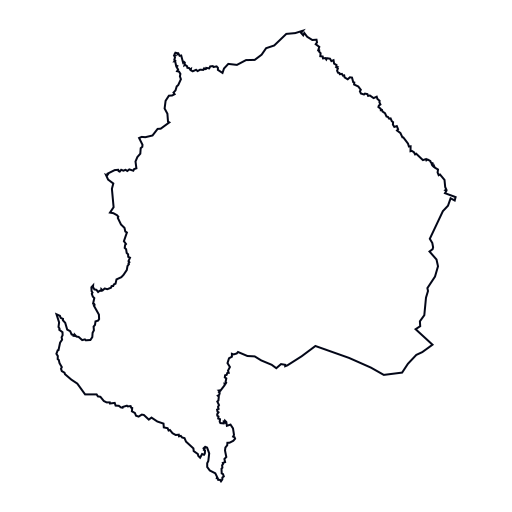 Chivolo, Magdalena, Colombia
{"feature_id": "7082276B43456063324941", "entity_name": "Chivolo", "entity_type": "district", "adm_level": 2, "iso_a3": "COL", "parent_name": "Colombia", "parent_adm1": "Magdalena", "projection": "robinson", "projection_center": [-74.55, 10.09], "detail": "fine", "context": "isolated", "style": "outline", "palette": "ink", "viewbox_px": 512, "rotation_deg": 0, "n_neighbors": 0, "source": "geoboundaries", "source_scale": "gbopen_adm2", "svg_char_len": 5932}
<svg xmlns="http://www.w3.org/2000/svg" viewBox="0 0 512 512"><path d="M344.6,77.4L344.2,75.4L343.0,75.7L341.9,73.9L339.8,74.2L339.4,73.0L338.0,72.7L337.1,70.7L337.9,68.4L336.4,67.3L337.0,66.9L336.3,66.7L336.5,65.0L334.1,63.6L333.5,60.2L331.4,61.1L330.0,58.7L327.0,58.2L326.3,59.5L325.4,58.1L323.0,58.4L322.7,56.5L320.3,56.2L320.6,53.2L319.1,51.6L319.2,50.4L318.2,50.3L319.3,46.9L315.7,44.2L317.0,42.4L316.5,39.7L312.3,40.0L307.2,36.8L304.3,33.0L303.2,35.3L301.1,32.9L302.9,30.7L295.2,33.1L286.3,33.9L274.2,45.5L266.1,48.2L261.6,54.7L254.7,59.9L246.0,60.1L236.9,64.9L228.3,63.9L224.0,68.5L222.5,72.9L217.9,69.9L217.9,67.8L216.6,66.4L213.5,67.0L212.8,66.1L210.2,66.4L209.2,68.4L206.2,67.9L206.0,68.9L205.0,69.2L204.1,68.4L203.2,69.9L200.1,69.7L197.6,71.1L196.1,69.8L192.7,71.3L190.7,70.2L190.9,69.0L190.2,69.5L189.2,68.1L187.4,67.8L187.0,65.6L186.8,66.2L185.2,64.8L184.4,65.3L184.8,62.6L184.0,61.9L183.1,62.7L181.2,55.5L179.6,55.8L178.4,53.5L177.7,54.0L177.9,53.3L175.4,52.7L174.5,54.3L175.0,55.5L174.2,55.7L175.0,57.5L174.3,59.8L175.2,60.6L174.5,61.4L175.2,61.4L176.0,65.3L177.2,66.0L176.4,66.7L178.1,69.5L177.1,71.2L179.0,71.6L180.4,73.9L179.9,76.3L180.9,79.2L178.2,85.1L176.7,86.4L175.5,90.4L173.5,92.6L174.6,94.2L172.1,95.5L168.9,95.7L165.6,100.8L164.6,108.5L167.4,113.7L168.0,121.6L169.3,122.4L160.7,128.7L157.6,128.9L152.5,135.5L145.3,137.2L141.7,136.9L139.1,138.0L142.5,144.8L142.3,146.8L140.7,148.2L140.3,153.7L137.4,157.0L135.5,161.5L136.4,168.3L134.1,169.1L133.3,170.7L129.3,169.4L127.3,171.0L125.5,169.8L123.4,170.7L121.2,169.8L119.7,171.6L118.6,171.1L118.2,169.8L114.7,170.1L107.7,173.6L108.1,174.1L107.1,175.5L106.0,175.0L108.1,179.6L113.3,183.5L111.9,188.8L113.6,207.2L110.0,212.6L113.4,213.2L117.0,215.2L118.3,216.7L117.8,217.9L121.0,224.5L124.5,227.9L125.3,231.5L126.9,232.5L123.9,241.2L126.0,244.0L125.1,245.0L124.7,247.9L126.1,249.2L126.7,253.0L128.1,254.3L128.2,256.8L130.0,257.7L128.5,261.1L129.4,262.2L128.5,263.3L128.9,264.2L127.5,266.0L126.8,270.0L123.5,274.9L121.3,277.2L116.5,279.4L115.5,283.7L113.9,284.4L113.2,286.0L111.6,286.1L111.0,287.7L107.3,289.2L104.7,288.5L102.6,290.4L101.3,289.1L101.1,290.8L99.6,290.8L98.1,292.0L96.4,289.8L94.4,289.4L93.0,287.1L93.1,285.4L91.4,287.3L91.6,291.2L92.5,292.6L91.8,293.8L92.8,296.6L94.3,298.1L93.1,303.6L94.2,304.0L94.6,304.9L93.9,305.7L98.9,314.6L99.1,319.1L98.1,320.6L95.5,321.4L95.0,324.9L93.6,326.6L93.9,330.3L92.6,332.8L92.3,337.1L90.4,340.0L85.8,340.3L84.9,339.4L82.2,340.1L78.6,336.9L76.5,336.6L75.3,335.3L75.4,336.0L73.4,335.8L73.2,334.7L71.6,334.5L70.2,331.2L67.2,329.6L65.2,322.8L62.9,320.3L63.0,318.9L60.7,317.9L59.9,315.8L56.5,314.3L59.1,322.4L58.5,327.0L59.5,328.5L59.3,329.8L62.5,332.2L62.6,335.2L61.6,337.3L62.1,339.7L60.1,342.6L58.5,350.1L57.7,350.3L56.4,353.8L57.8,356.0L57.7,359.1L58.8,360.0L59.5,363.1L61.8,367.1L61.0,368.8L61.8,371.1L64.5,372.7L65.0,374.2L71.3,379.6L77.3,383.6L85.1,394.4L96.6,394.4L97.9,396.4L100.4,396.8L103.8,401.0L106.6,402.4L109.8,402.4L110.0,403.5L114.7,402.9L115.6,405.6L118.8,405.8L120.9,407.4L122.6,407.7L122.9,406.9L126.9,405.7L127.7,406.4L130.6,406.1L131.2,407.7L132.2,408.0L131.9,411.3L134.9,413.0L136.0,415.7L138.6,416.6L141.8,414.6L143.9,415.0L148.8,419.6L151.5,417.6L157.3,421.5L163.5,423.6L163.8,427.4L167.6,428.2L168.6,430.5L169.9,430.0L172.5,433.2L175.7,435.0L178.8,434.7L179.0,436.3L180.8,435.9L182.1,437.5L184.5,438.1L186.0,441.6L193.4,448.4L193.7,451.1L197.8,454.0L198.3,455.9L200.1,457.7L202.1,454.0L204.0,454.8L204.8,453.6L205.0,450.7L203.9,449.9L204.6,448.8L203.7,448.2L205.2,446.8L207.1,447.6L209.2,453.4L208.3,461.0L207.2,463.2L207.2,467.0L209.8,470.5L215.3,473.3L217.1,477.0L216.8,478.2L217.8,478.3L218.2,479.9L220.1,479.9L221.0,481.3L222.3,479.5L222.4,477.5L223.8,476.4L223.0,474.1L221.7,473.4L221.5,468.7L222.4,467.7L222.1,465.3L223.1,463.9L222.8,462.9L225.1,462.1L224.4,459.0L226.3,457.0L225.0,450.5L225.4,447.5L227.2,445.3L227.4,442.8L229.6,442.7L233.3,440.8L235.1,438.7L234.5,437.2L233.1,436.6L234.0,434.9L233.0,428.4L230.5,424.6L226.9,425.8L226.3,422.0L225.0,420.7L224.7,422.4L223.7,421.7L223.6,423.4L220.4,423.1L219.7,421.7L220.0,419.2L218.2,418.5L218.5,416.5L217.3,415.7L217.2,414.2L218.5,412.3L217.5,411.6L217.1,409.6L218.6,408.9L218.0,406.9L219.0,405.1L217.3,401.5L218.4,400.5L218.8,396.7L217.8,395.7L219.2,394.9L219.7,393.0L218.9,392.1L219.9,391.2L219.0,390.5L220.8,390.2L224.7,385.1L224.5,383.6L225.5,383.8L226.2,382.7L225.6,381.8L226.3,378.4L224.8,377.4L225.1,375.3L226.6,374.9L227.3,373.0L228.7,372.8L228.0,370.7L229.9,367.0L227.5,363.1L229.0,358.3L231.9,356.7L231.9,353.8L233.6,354.4L236.7,353.5L238.0,352.0L247.4,356.0L254.7,356.4L261.2,360.4L271.7,364.8L276.3,368.2L281.0,364.1L285.2,364.8L285.2,366.2L287.3,365.4L301.6,356.3L315.4,346.0L349.0,357.9L370.9,367.6L383.8,374.9L402.1,372.6L407.9,363.8L416.3,354.9L422.3,352.1L432.5,344.7L415.6,329.2L420.2,326.2L419.9,321.3L424.3,315.2L426.0,297.6L428.0,291.0L427.4,288.1L435.0,276.6L438.0,266.3L436.5,259.5L429.5,251.5L432.6,249.2L433.1,247.3L432.3,243.0L429.8,238.8L442.9,211.1L448.0,205.7L450.6,198.3L454.7,200.5L455.6,197.1L445.0,193.2L446.4,190.8L445.3,190.2L446.3,189.5L445.2,187.1L444.5,179.9L440.0,174.5L438.7,175.2L437.6,172.5L438.0,169.5L434.8,167.6L433.8,165.4L433.3,166.4L432.3,165.4L431.8,164.4L432.4,163.2L430.9,162.6L430.3,161.0L427.6,159.5L426.4,160.3L426.0,159.1L422.9,160.1L416.2,153.7L415.1,154.4L413.9,152.2L411.8,150.9L410.5,151.2L410.6,146.3L408.9,146.5L408.0,143.6L403.3,137.4L402.4,137.3L400.4,133.0L397.0,130.5L398.1,129.3L396.8,126.1L394.3,126.9L392.9,124.6L393.1,122.2L391.8,121.2L390.6,118.4L389.2,118.7L387.9,116.9L386.5,116.5L385.0,113.2L382.5,111.5L382.0,110.0L380.8,110.2L380.7,108.8L378.4,107.0L378.9,105.5L380.4,104.5L379.4,102.2L379.6,100.8L377.4,98.9L376.7,96.7L373.6,98.1L369.9,95.5L368.1,95.9L367.4,94.1L364.9,93.6L364.0,94.5L360.9,93.5L359.9,91.3L360.8,89.8L358.3,86.5L354.1,84.5L354.3,82.5L353.2,82.1L352.0,77.6L349.9,77.3L347.7,79.3L344.6,77.4Z" fill="none" stroke="#020617" stroke-width="2"/></svg>